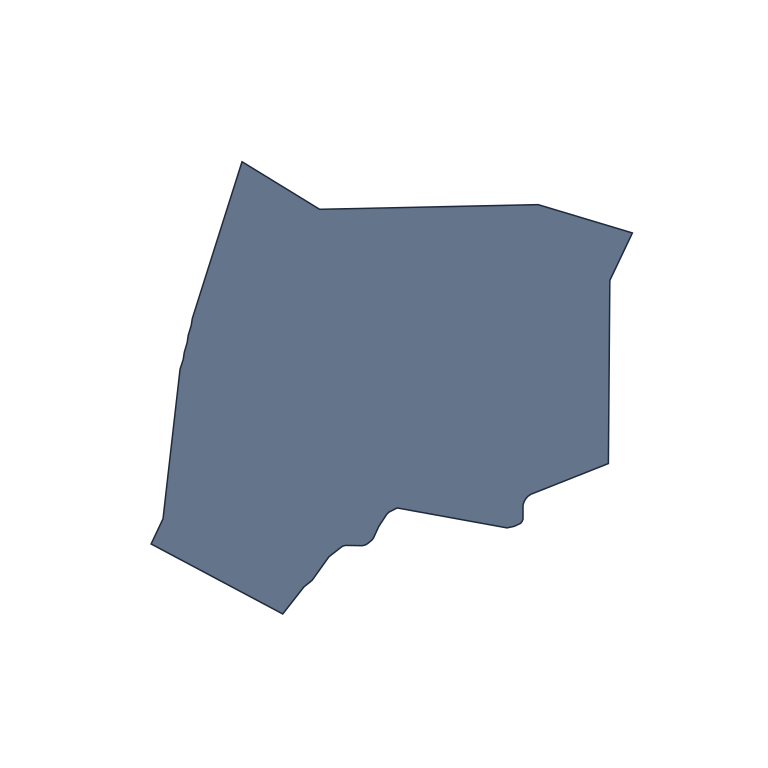 SVG path tracing the border of Harrow, rotated 30°
{"feature_id": "GBR-2767", "entity_name": "Harrow", "entity_type": "London Borough", "adm_level": 1, "iso_a3": "GBR", "parent_name": "United Kingdom", "parent_adm1": "", "projection": "orthographic", "projection_center": [-0.324, 51.593], "detail": "fine", "context": "isolated", "style": "filled", "palette": "slate", "viewbox_px": 768, "rotation_deg": 30, "n_neighbors": 0, "source": "natural_earth", "source_scale": "10m", "svg_char_len": 662}
<svg xmlns="http://www.w3.org/2000/svg" viewBox="0 0 768 768"><g transform="rotate(30 384 384)"><path d="M411.3,633.8L262.3,639.0L260.0,611.2L200.0,473.2L197.8,463.0L195.2,456.4L192.8,446.5L190.1,439.7L187.8,429.8L185.2,423.0L149.9,262.5L240.9,264.9L427.8,151.6L523.6,129.0L527.8,181.4L618.1,340.7L566.3,406.1L564.8,409.3L564.1,412.6L564.2,416.1L564.9,419.3L572.0,431.6L572.3,433.9L572.0,436.3L568.0,442.1L562.5,447.1L457.3,484.8L452.3,492.6L451.5,495.8L450.7,509.9L451.9,522.8L451.6,525.1L449.6,530.5L448.4,532.6L446.2,534.8L431.4,543.0L429.1,545.3L422.7,561.1L419.9,589.9L416.1,599.8L411.3,633.8Z" fill="#64748b" stroke="#1e293b" stroke-width="1.5"/></g></svg>